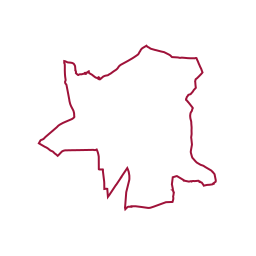 outline of Dijk en Waard, Noord-Holland, Netherlands, rotated 340°
{"feature_id": "6326949B1679798000878", "entity_name": "Dijk en Waard", "entity_type": "district", "adm_level": 2, "iso_a3": "NLD", "parent_name": "Netherlands", "parent_adm1": "Noord-Holland", "projection": "mercator", "projection_center": [4.81, 52.682], "detail": "fine", "context": "isolated", "style": "outline", "palette": "rose", "viewbox_px": 256, "rotation_deg": 340, "n_neighbors": 0, "source": "geoboundaries", "source_scale": "gbopen_adm2", "svg_char_len": 5528}
<svg xmlns="http://www.w3.org/2000/svg" viewBox="0 0 256 256"><g transform="rotate(340 128 128)"><path d="M189.4,209.7L189.3,209.2L191.8,208.5L192.0,208.4L192.1,208.2L192.3,207.9L192.6,207.1L193.5,201.2L193.5,200.9L192.9,199.2L192.8,198.9L192.7,198.5L192.5,198.4L191.9,196.8L191.5,196.2L191.0,195.6L187.6,191.5L187.2,191.0L186.1,189.5L185.5,188.9L185.0,188.5L184.6,188.2L183.6,187.4L180.8,184.0L180.0,182.3L178.3,177.9L178.3,176.7L178.6,173.0L178.8,171.9L179.8,170.0L182.3,165.7L182.5,165.2L183.8,160.0L183.9,159.5L184.1,158.6L184.2,158.3L185.4,156.1L185.8,155.2L186.9,151.9L187.6,150.2L188.1,148.8L188.3,148.0L188.8,146.2L189.0,145.5L189.5,144.0L189.7,142.8L189.8,141.4L189.9,140.6L190.0,139.9L190.4,138.4L190.6,137.7L191.6,135.8L191.9,135.4L192.2,135.0L193.1,134.3L193.7,133.9L195.4,131.6L195.7,131.4L195.6,130.8L194.4,127.1L193.3,123.8L193.2,123.8L193.1,123.5L192.5,121.8L192.5,121.7L192.2,121.5L192.2,121.4L192.4,120.7L192.5,120.6L193.3,119.8L193.9,119.0L195.4,118.1L195.7,117.7L196.3,117.5L198.2,117.6L198.4,117.6L201.3,116.0L202.7,114.9L203.0,114.7L205.4,113.5L205.5,113.4L205.7,112.4L206.2,110.4L207.0,107.5L207.0,107.2L207.2,106.9L208.2,105.4L208.4,105.3L210.0,104.8L212.6,103.6L213.8,103.0L215.1,102.4L216.5,101.6L217.0,101.3L217.0,100.9L217.0,99.3L217.0,98.6L217.0,97.8L217.0,97.3L216.7,94.8L216.7,93.9L216.5,91.6L216.5,90.6L216.4,88.5L216.3,87.9L216.3,86.9L216.2,85.9L216.2,85.7L215.6,85.4L214.4,85.3L214.1,85.1L213.8,85.0L213.2,84.8L210.2,83.7L207.6,82.6L206.8,82.2L205.5,81.6L202.7,80.3L202.4,80.2L201.6,80.1L201.0,79.9L200.5,79.7L199.1,78.8L194.5,76.8L194.2,76.7L193.6,76.4L193.4,76.1L192.7,74.5L192.4,74.0L191.5,72.9L189.7,71.0L188.0,69.2L187.8,69.0L186.5,68.2L185.4,67.5L182.2,65.3L181.2,64.6L180.1,63.9L176.8,61.5L176.2,61.0L175.6,60.0L175.1,59.5L174.0,58.2L173.7,57.7L173.5,57.0L169.3,57.8L168.5,58.0L167.7,58.4L166.9,58.8L166.6,59.1L165.5,60.1L165.1,60.3L163.4,61.8L162.7,62.3L161.0,62.8L158.2,63.5L156.0,64.0L151.0,64.9L143.1,66.1L142.6,66.2L141.7,66.5L140.9,66.8L139.8,67.5L138.9,68.2L138.0,68.7L136.7,69.2L133.7,69.9L130.3,70.9L129.0,71.1L128.3,71.2L127.9,71.4L127.1,71.5L126.7,71.5L126.4,71.4L124.5,71.1L124.0,71.1L123.3,71.1L122.6,71.2L122.3,71.2L120.5,71.9L119.5,72.3L118.3,72.7L117.8,72.5L117.5,72.3L117.3,72.1L117.1,71.8L118.3,71.3L117.8,70.2L117.7,70.2L116.3,70.7L116.2,70.5L115.2,69.8L114.8,69.4L114.0,68.3L113.6,67.6L113.4,67.2L113.1,66.9L112.8,66.3L112.6,65.9L111.1,64.1L110.5,63.4L110.3,63.2L110.3,62.3L110.5,61.3L110.3,61.3L108.8,61.8L108.5,61.8L108.4,61.8L108.3,62.0L106.8,61.6L106.9,62.2L106.9,62.7L106.7,62.7L106.4,62.6L105.5,62.0L105.3,61.9L103.4,61.7L102.8,61.7L102.1,61.4L100.8,61.0L100.6,61.0L99.4,61.2L99.2,61.1L98.5,60.0L97.8,58.6L97.9,58.4L98.2,57.8L98.3,57.6L98.4,56.5L98.4,56.4L98.2,56.0L98.2,55.7L98.3,55.5L98.4,55.4L98.5,55.4L98.6,54.8L99.1,53.0L99.3,52.2L99.4,51.8L99.4,51.5L99.4,50.9L99.1,49.8L99.0,49.1L98.6,48.6L97.7,47.7L97.0,47.3L96.1,46.8L93.9,45.8L93.3,45.3L92.2,44.2L91.8,43.8L91.0,43.3L90.3,45.1L90.4,45.4L90.4,46.0L90.4,46.3L90.2,46.9L90.0,47.7L89.8,48.1L89.6,48.8L88.3,52.3L87.2,55.7L86.9,56.8L86.5,58.3L85.8,61.6L85.6,61.9L85.5,62.1L85.0,62.6L84.7,63.0L84.5,63.6L84.4,64.4L84.4,64.6L84.5,65.0L84.8,65.8L84.9,66.0L84.9,66.5L83.8,73.5L82.5,81.3L82.2,82.7L82.0,84.6L81.9,85.7L81.9,86.3L82.0,88.3L82.3,90.6L82.5,92.0L82.6,92.9L82.6,93.6L82.5,94.6L82.4,95.5L82.2,96.3L81.5,98.5L81.4,98.9L81.4,99.2L80.7,99.7L80.0,100.0L78.9,100.3L78.5,100.4L73.1,100.7L71.3,100.8L68.5,101.0L65.2,101.5L64.0,101.8L63.3,102.0L61.2,103.0L60.1,103.4L47.6,108.1L46.3,108.7L44.7,109.5L44.4,109.4L43.7,109.5L43.3,109.6L42.5,109.5L41.9,109.6L41.6,109.7L41.2,110.0L39.0,111.9L43.4,117.2L44.6,118.4L45.5,119.5L45.7,119.8L47.2,122.3L47.7,122.9L48.2,123.4L48.9,124.0L49.4,124.6L49.7,125.1L49.8,125.5L50.5,126.9L51.5,128.4L52.4,130.1L53.8,129.5L57.2,127.8L57.8,127.5L58.5,127.4L59.3,127.3L59.7,127.3L60.7,127.4L61.7,127.6L63.3,128.2L64.2,128.5L67.7,129.7L74.0,131.9L87.4,136.5L87.8,136.6L88.5,137.1L89.9,137.6L91.2,137.5L91.3,138.9L91.3,140.6L91.1,142.6L90.8,144.4L90.7,144.9L90.4,145.8L86.5,156.7L86.5,156.8L86.7,157.0L86.8,157.1L87.2,157.3L89.4,158.1L89.7,158.2L89.9,158.2L90.2,158.4L90.1,158.8L90.0,159.2L89.7,159.8L88.0,167.1L87.5,169.3L87.2,170.5L87.1,170.8L86.6,172.4L86.3,173.2L84.9,177.2L85.4,177.3L86.7,177.6L87.7,178.1L85.6,185.8L86.6,185.1L86.9,185.0L97.2,177.4L97.4,177.4L103.8,172.7L104.8,172.0L104.7,171.9L113.6,165.4L113.7,167.0L113.7,167.5L113.7,169.0L113.6,169.8L113.4,170.9L113.0,173.1L112.7,174.0L112.0,176.0L111.6,176.9L111.4,177.3L104.4,187.7L98.5,200.7L98.0,201.6L97.8,202.7L97.7,203.4L100.3,202.2L100.8,202.1L101.2,202.1L101.8,202.2L104.3,203.2L104.5,202.7L108.3,204.1L113.2,206.6L119.6,210.0L121.2,210.5L122.1,210.6L125.1,210.7L132.6,210.7L137.7,210.7L138.2,210.7L138.9,210.9L144.5,212.7L145.3,211.7L146.3,210.2L146.7,209.1L146.8,208.6L147.0,207.7L147.9,206.4L148.1,205.9L148.2,205.6L148.9,204.6L149.0,204.3L148.9,203.9L149.0,203.9L149.0,203.5L148.9,203.0L149.0,202.4L149.0,201.7L148.9,201.6L149.0,201.6L149.1,201.3L149.3,200.6L149.6,198.5L149.9,196.7L150.0,195.8L150.1,195.7L153.2,189.6L156.9,189.8L157.1,189.8L157.6,190.0L162.0,195.4L162.5,196.0L162.3,196.4L162.4,196.6L162.5,196.7L163.3,197.0L163.8,197.3L166.9,199.2L169.1,199.5L169.3,199.7L169.4,200.0L169.5,200.0L169.9,200.0L170.3,199.9L171.2,200.1L172.4,200.7L175.9,201.6L176.0,201.6L177.1,202.8L176.8,203.2L176.9,203.3L177.6,203.7L178.2,204.1L178.4,204.3L178.6,204.5L178.8,205.1L179.4,207.3L179.5,208.1L182.0,208.4L183.1,208.6L185.1,209.2L187.9,209.8L189.4,209.7Z" fill="none" stroke="#9f1239" stroke-width="2"/></g></svg>